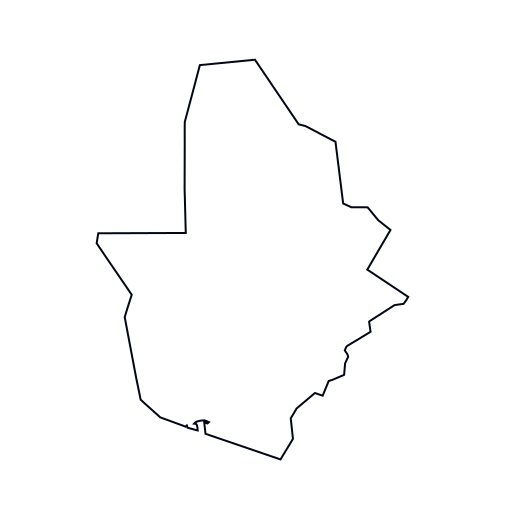 Granados, Sonora, Mexico (Albers equal-area conic projection), rotated 197°
{"feature_id": "50627088B73920432154329", "entity_name": "Granados", "entity_type": "district", "adm_level": 2, "iso_a3": "MEX", "parent_name": "Mexico", "parent_adm1": "Sonora", "projection": "albers", "projection_center": [-109.323, 29.751], "detail": "fine", "context": "isolated", "style": "outline", "palette": "ink", "viewbox_px": 512, "rotation_deg": 197, "n_neighbors": 0, "source": "geoboundaries", "source_scale": "gbopen_adm2", "svg_char_len": 1335}
<svg xmlns="http://www.w3.org/2000/svg" viewBox="0 0 512 512"><g transform="rotate(197 256 256)"><path d="M172.9,120.7L172.7,121.9L159.6,142.2L151.4,141.9L149.9,157.8L147.1,159.6L137.0,168.1L139.4,179.5L138.4,186.6L139.8,188.7L143.5,191.7L143.1,195.5L142.2,197.0L124.3,217.0L128.6,226.2L128.4,226.8L109.2,249.5L100.9,253.4L99.4,257.7L98.5,261.4L145.6,275.5L135.0,320.2L149.5,325.9L163.5,335.2L179.0,330.5L188.0,331.7L213.4,388.5L230.3,391.6L233.6,392.3L246.6,394.7L253.7,394.4L314.4,443.4L365.1,422.3L365.5,422.1L364.4,394.2L363.3,363.4L360.9,355.2L357.1,342.9L343.8,299.0L329.9,257.5L413.5,231.6L412.1,221.6L399.9,211.7L363.5,182.6L363.7,168.0L363.7,159.2L335.0,104.5L324.3,84.9L319.6,82.6L300.4,73.7L276.5,72.4L273.5,72.2L272.6,73.7L271.3,71.8L262.7,72.0L260.8,72.1L261.4,73.7L261.9,74.9L262.5,76.0L262.6,76.3L262.9,76.7L263.1,77.0L263.4,77.3L263.6,77.5L263.8,77.6L264.0,77.7L264.1,77.8L264.4,77.8L264.7,77.8L265.1,77.8L266.1,77.6L265.5,78.8L265.2,79.3L264.5,80.0L263.6,80.7L262.6,81.3L262.2,81.6L261.5,82.0L260.9,82.3L260.6,82.5L260.0,82.7L259.5,82.9L258.5,83.3L258.4,83.3L256.6,83.4L256.7,83.7L256.4,83.7L256.2,83.7L255.8,83.7L255.5,83.7L255.1,83.7L254.7,83.6L254.2,83.5L253.7,83.4L252.5,83.3L253.5,81.7L256.8,81.6L252.3,71.2L173.1,68.6L167.2,91.9L175.3,110.9L172.9,120.7Z" fill="none" stroke="#020617" stroke-width="2"/></g></svg>